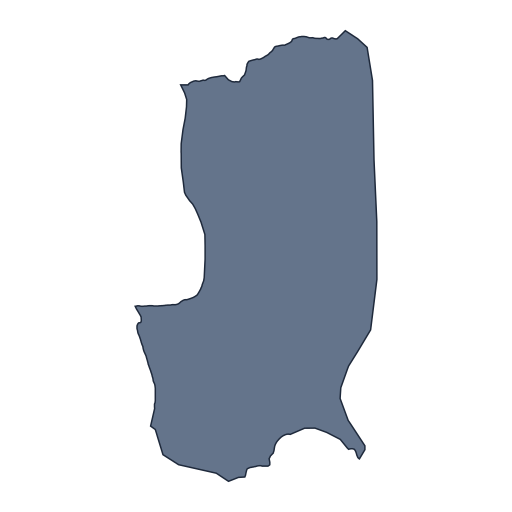 Arhab, Sana'a, Yemen
{"feature_id": "15242507B7161166402599", "entity_name": "Arhab", "entity_type": "district", "adm_level": 2, "iso_a3": "YEM", "parent_name": "Yemen", "parent_adm1": "Sana'a", "projection": "robinson", "projection_center": [44.216, 15.8], "detail": "fine", "context": "isolated", "style": "filled", "palette": "slate", "viewbox_px": 512, "rotation_deg": 0, "n_neighbors": 0, "source": "geoboundaries", "source_scale": "gbopen_adm2", "svg_char_len": 5899}
<svg xmlns="http://www.w3.org/2000/svg" viewBox="0 0 512 512"><path d="M359.4,458.9L364.9,449.7L364.9,445.8L350.4,423.7L348.2,420.5L340.1,398.5L340.8,387.7L347.6,368.6L348.6,366.0L357.6,351.6L370.6,329.9L376.9,279.4L376.8,221.8L374.0,159.8L372.5,80.5L367.1,47.4L357.7,38.8L345.3,30.7L337.2,38.7L336.4,38.9L335.5,38.9L334.0,38.6L333.3,38.3L332.6,38.0L331.8,38.0L331.1,38.1L330.3,38.6L329.7,39.2L328.9,39.4L328.2,39.4L327.4,39.3L326.7,38.9L325.7,37.7L325.0,37.5L324.3,37.5L323.5,37.8L322.8,38.1L322.0,38.1L321.2,38.3L320.4,38.5L318.8,38.5L318.0,38.4L316.5,38.4L314.8,38.3L314.1,38.1L313.4,37.9L312.7,37.7L311.1,37.8L310.3,37.8L309.5,37.8L308.7,37.6L306.4,36.8L305.6,36.7L304.8,36.6L304.1,36.5L303.3,36.5L302.6,36.5L301.6,36.5L300.7,36.7L300.0,36.8L299.2,36.8L298.3,37.1L297.4,37.4L296.7,37.7L295.2,38.3L294.5,38.5L293.7,38.6L292.9,38.9L292.4,39.4L292.1,40.1L291.8,41.0L291.3,41.6L290.7,42.1L289.9,42.7L289.1,43.1L288.1,43.6L286.3,44.4L285.4,44.8L284.7,45.2L283.8,45.2L283.0,45.1L282.2,45.2L281.3,45.3L280.3,45.5L279.3,45.7L278.6,45.9L277.8,46.1L276.9,46.2L275.9,46.4L275.1,46.7L274.4,47.3L274.0,48.0L273.5,48.8L273.0,49.6L272.6,50.4L272.0,51.0L271.4,51.6L270.8,52.1L270.1,52.6L269.5,53.2L268.9,53.9L268.3,54.5L267.6,55.0L266.2,55.8L265.4,56.2L264.0,57.2L263.4,57.6L261.8,58.4L261.0,58.8L260.2,59.1L259.5,59.3L258.7,59.4L258.0,59.1L257.2,59.0L256.4,59.1L254.7,59.7L253.1,60.0L251.4,60.5L250.7,60.7L249.8,61.0L249.0,61.2L248.4,61.9L247.9,62.7L247.5,63.4L247.0,64.3L247.0,65.1L246.9,65.9L246.6,66.6L246.4,67.5L246.3,68.4L246.2,69.3L246.1,70.1L245.9,71.0L245.4,72.5L245.1,73.3L244.8,74.1L244.5,75.0L243.9,75.5L243.3,76.1L242.7,76.6L242.1,77.3L241.6,77.8L241.2,78.4L240.5,80.0L240.0,80.9L239.7,81.6L239.0,81.9L236.7,81.8L235.9,81.6L234.5,82.0L231.9,81.6L228.4,79.8L224.6,75.5L224.2,75.6L223.4,75.8L222.5,75.8L221.7,75.8L220.9,75.9L220.1,76.1L219.4,76.2L218.6,76.4L217.9,76.5L217.0,76.7L216.3,76.8L215.3,76.9L214.6,77.0L213.8,77.1L213.1,77.3L212.1,77.4L211.3,77.6L208.9,78.3L207.5,79.0L206.9,79.4L206.2,79.9L205.4,80.3L204.7,80.4L203.9,80.3L203.1,80.1L202.4,80.4L200.9,80.8L200.1,81.1L199.4,81.3L198.5,81.3L197.7,81.1L196.9,81.1L196.2,80.8L195.3,80.8L194.5,81.0L193.8,81.1L193.1,81.4L190.8,82.4L190.1,82.8L189.5,83.3L188.9,83.8L188.4,84.4L188.1,84.9L180.7,84.9L184.6,92.9L186.7,99.5L186.5,106.9L185.2,118.2L183.0,129.6L181.2,143.6L181.1,152.0L181.2,153.5L181.3,167.9L183.3,182.1L184.5,192.3L185.8,195.2L189.7,200.8L192.7,204.1L195.3,208.7L197.8,214.3L201.0,222.1L204.9,234.5L205.1,245.9L205.1,259.2L204.2,277.7L203.7,280.7L203.5,281.3L203.1,282.3L202.8,283.1L202.5,283.9L202.2,284.7L202.0,285.7L201.7,286.6L201.4,287.3L201.0,288.0L200.7,289.0L200.3,289.7L199.9,290.4L199.5,291.2L198.9,292.2L197.9,293.9L197.4,294.6L196.8,295.3L196.0,295.8L195.3,296.3L194.6,296.7L193.9,297.1L193.2,297.5L190.8,298.4L190.0,298.7L189.3,298.9L188.5,299.2L186.8,299.7L185.3,299.7L184.5,299.8L183.7,300.1L183.0,300.4L182.3,300.9L181.6,301.2L180.9,301.7L180.3,302.3L179.6,302.9L179.0,303.4L178.4,303.8L176.9,304.4L176.2,304.5L175.5,304.7L173.7,304.7L172.9,304.6L172.2,304.7L171.5,304.8L170.6,305.0L169.9,305.1L168.4,305.1L167.6,305.1L166.8,305.2L165.9,305.2L165.2,305.4L164.1,305.5L163.0,305.6L162.1,305.7L161.2,305.7L160.5,305.8L159.7,305.8L158.8,305.9L157.9,306.0L157.1,306.0L154.4,306.0L153.7,306.0L153.0,305.8L152.1,305.7L151.4,305.7L150.6,305.7L149.0,305.7L148.2,305.8L147.3,305.9L146.3,306.1L145.5,306.1L144.6,306.1L142.9,306.3L142.1,306.3L141.4,306.3L140.7,306.2L139.8,306.0L139.1,305.8L137.6,305.8L136.7,306.0L135.9,306.2L135.2,306.3L136.4,308.8L140.3,315.3L141.1,317.0L141.3,320.5L141.1,321.8L140.7,322.3L140.1,322.7L139.3,322.8L138.6,322.9L138.1,323.5L137.6,324.3L137.0,325.9L137.0,328.5L137.1,329.0L137.4,330.0L137.6,330.8L137.7,331.7L137.9,332.6L138.1,333.4L138.5,334.3L138.9,335.1L139.2,335.8L139.5,336.6L140.1,338.4L140.4,339.1L140.6,340.0L140.9,340.9L141.4,342.8L141.7,343.5L141.9,344.3L142.6,345.9L142.9,346.6L143.0,347.6L143.2,348.7L143.6,350.2L143.9,351.1L144.2,351.9L144.6,352.7L145.3,354.3L145.7,355.1L146.0,355.8L146.3,356.8L146.5,357.7L147.4,360.7L147.6,361.6L147.9,362.5L148.2,364.2L148.5,364.9L149.1,366.6L149.4,367.5L149.7,368.3L150.0,369.0L150.2,369.7L150.6,370.6L150.9,371.6L151.1,372.4L151.4,373.1L152.0,375.0L152.1,375.7L152.4,376.8L152.8,378.0L153.0,379.0L153.1,379.8L153.2,380.6L153.4,381.4L153.8,382.2L154.2,383.1L154.6,384.0L154.8,384.8L155.0,385.7L155.1,386.6L155.3,388.3L155.3,390.0L155.3,390.9L155.3,394.0L155.3,394.8L155.3,395.6L155.3,397.4L155.3,398.2L155.3,399.0L155.3,400.6L155.2,401.4L155.1,402.5L154.8,403.3L154.5,404.1L154.5,404.9L154.5,407.0L154.6,408.0L154.6,408.7L150.6,426.1L155.3,429.5L156.4,433.0L157.7,437.4L162.9,454.4L163.0,454.7L178.6,464.7L216.3,473.2L228.5,481.3L231.6,480.1L238.4,477.4L244.8,477.0L245.2,476.0L245.5,475.3L245.8,473.7L246.0,472.7L246.4,471.1L246.6,470.3L246.8,469.6L247.2,468.9L247.8,468.5L248.7,468.1L250.1,467.5L250.7,467.4L251.5,467.3L252.3,467.1L253.0,467.0L253.7,466.9L254.6,466.6L255.3,466.6L255.9,466.4L256.9,466.1L257.7,465.9L258.4,465.8L259.3,465.7L260.7,465.7L261.4,465.8L262.0,466.1L268.0,466.1L269.7,464.9L269.8,464.5L269.8,462.2L269.1,458.7L269.9,457.2L270.4,456.0L273.3,453.0L273.3,452.8L273.5,452.0L273.8,451.2L274.0,450.4L274.3,448.5L274.4,447.7L274.6,446.9L274.7,446.1L275.0,445.3L275.3,444.5L275.7,443.7L276.2,442.8L276.6,442.1L277.1,441.4L277.7,440.6L278.4,439.9L278.9,439.3L279.4,438.7L280.2,438.0L280.9,437.3L281.5,436.8L282.9,435.9L283.5,435.5L284.3,435.2L285.0,434.8L285.7,434.6L286.5,434.3L287.3,434.2L288.1,434.1L288.7,434.2L288.9,434.1L290.2,434.4L304.6,428.2L315.0,428.1L326.7,432.4L340.3,439.4L347.2,447.9L348.6,449.3L349.1,449.1L349.8,449.0L350.5,448.8L352.0,448.7L352.7,448.8L353.4,449.0L354.0,449.1L354.5,449.6L355.1,450.3L355.5,451.1L355.9,452.0L356.4,453.5L356.6,454.3L356.8,455.1L357.2,455.9L357.3,456.3L357.6,457.0L358.0,457.7L358.6,458.3L359.1,458.7L359.4,458.9Z" fill="#64748b" stroke="#1e293b" stroke-width="1.5"/></svg>